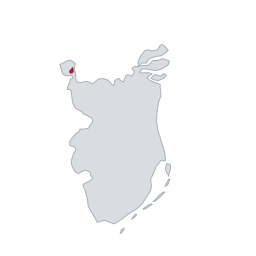 Beek, Limburg, Netherlands (highlighted), rotated 151°
{"feature_id": "6326949B12958717233979", "entity_name": "Beek", "entity_type": "district", "adm_level": 2, "iso_a3": "NLD", "parent_name": "Netherlands", "parent_adm1": "Limburg", "projection": "albers", "projection_center": [5.806, 50.927], "detail": "fine", "context": "in_parent", "style": "filled", "palette": "rose", "viewbox_px": 256, "rotation_deg": 151, "n_neighbors": 0, "source": "geoboundaries", "source_scale": "gbopen_adm2", "svg_char_len": 3636}
<svg xmlns="http://www.w3.org/2000/svg" viewBox="0 0 256 256"><g transform="rotate(151 128 128)"><path d="M156.8,216.5L152.9,216.3L149.2,216.2L147.2,215.9L145.1,215.0L144.2,213.1L143.0,210.7L143.3,209.3L146.8,205.3L147.3,204.2L147.0,203.6L147.3,201.8L150.0,195.8L150.3,193.4L149.1,191.7L147.4,190.7L141.9,188.9L139.3,186.4L138.1,184.2L136.8,183.6L135.0,184.3L130.4,185.1L126.7,183.9L122.4,179.7L121.4,176.0L120.9,173.1L119.8,172.1L118.3,173.6L116.4,175.9L112.8,176.1L111.7,175.5L111.6,174.3L111.4,173.0L110.4,171.5L109.3,170.7L104.6,174.8L102.8,174.8L100.7,173.1L99.6,171.5L97.2,172.4L95.0,174.3L95.7,178.1L94.5,178.7L91.9,178.3L88.9,176.7L85.6,175.7L80.5,173.0L73.4,174.9L68.6,172.3L64.5,171.9L62.0,169.9L59.4,166.4L61.4,164.3L63.3,163.6L70.7,163.4L76.1,164.9L85.7,172.4L88.2,172.4L90.8,171.5L89.5,169.5L87.1,168.5L83.5,166.5L80.7,163.7L87.5,162.9L86.6,161.5L85.8,159.0L78.8,150.4L80.1,148.2L82.0,143.3L84.3,139.3L86.1,138.2L89.1,135.4L95.6,127.0L99.7,120.2L102.9,112.1L107.6,89.6L108.9,85.8L111.0,81.5L113.6,82.4L115.4,83.6L121.9,80.5L133.0,72.2L136.2,65.0L139.4,61.7L152.0,55.1L158.9,53.2L169.6,52.6L177.3,51.4L186.5,50.8L190.1,54.8L192.2,57.8L195.5,59.3L200.7,60.4L200.5,66.2L200.7,77.7L200.4,79.8L198.2,84.7L195.9,93.5L195.3,99.2L194.6,100.3L184.7,100.5L183.3,101.5L183.1,102.7L183.6,104.2L183.4,105.7L182.6,106.9L183.1,108.8L184.8,110.9L188.0,112.2L191.3,112.3L193.1,112.0L194.4,113.5L195.6,115.9L195.6,118.9L195.2,122.9L193.6,126.7L189.1,131.0L187.1,132.6L185.1,133.4L184.2,134.5L183.8,135.9L183.9,137.2L187.2,140.6L187.2,141.4L186.2,143.2L185.0,144.9L176.5,148.5L173.0,148.3L171.0,150.0L170.4,150.4L168.1,148.8L163.2,147.0L161.3,147.6L160.3,148.6L157.2,149.9L154.9,151.8L154.9,154.3L158.9,160.6L160.3,161.9L160.4,164.3L162.3,167.3L164.3,171.0L164.5,173.4L164.3,175.9L163.3,179.3L159.9,187.3L159.9,188.9L160.2,190.0L161.3,190.4L162.3,191.0L162.0,192.0L155.5,197.6L154.6,198.6L151.9,198.3L151.5,199.3L151.9,200.8L152.9,202.1L155.3,202.8L157.3,204.2L158.9,207.0L156.8,216.5ZM88.9,176.7L88.3,179.0L86.7,181.6L81.5,185.1L76.2,187.4L73.4,187.0L71.6,185.7L70.6,184.4L67.8,183.0L63.9,182.2L61.5,183.6L59.7,184.8L58.2,184.6L57.1,183.4L56.2,181.7L55.3,176.3L58.2,175.5L64.5,175.3L69.3,177.3L75.7,178.4L80.6,176.0L84.4,178.2L88.9,176.7ZM78.8,154.8L82.4,158.2L83.2,159.3L83.5,160.5L78.7,161.7L73.8,157.4L70.4,158.3L69.2,156.3L69.2,155.1L72.7,154.2L78.8,154.8ZM115.5,73.6L111.8,77.9L109.6,76.7L108.9,75.7L110.1,72.3L115.6,66.7L115.5,73.6ZM131.9,54.4L128.4,54.9L126.9,54.0L135.2,51.7L140.4,50.9L141.3,51.3L131.9,54.4ZM154.0,50.0L146.8,51.0L144.3,50.2L143.9,49.5L145.9,49.1L152.1,49.0L154.0,49.6L154.0,50.0ZM123.9,59.2L117.0,63.6L116.4,62.9L120.9,59.0L123.9,59.2ZM183.4,42.2L180.1,42.4L181.0,40.8L184.1,39.6L185.8,39.5L183.4,42.2ZM168.8,46.8L163.7,48.9L162.4,48.4L162.7,47.8L167.2,46.5L168.8,46.8Z" fill="#d9dde1" stroke="#a8b0b8" stroke-width="1"/><path d="M148.2,205.5L148.3,205.7L148.2,205.8L148.2,206.0L148.1,206.3L147.9,206.4L147.9,206.5L147.7,206.8L147.6,207.1L147.5,207.3L147.5,207.2L147.5,207.3L147.8,207.2L148.0,206.9L148.2,206.7L148.3,206.6L148.5,206.6L148.8,206.5L149.0,206.6L149.3,206.4L149.8,206.3L150.0,206.3L150.5,206.2L150.8,206.1L151.0,205.8L151.1,205.7L151.3,205.5L151.3,205.4L151.4,205.2L151.4,204.9L151.4,204.7L151.5,204.6L151.4,204.5L151.4,204.4L151.2,204.5L151.0,204.4L150.9,204.3L150.8,204.2L150.8,204.3L150.7,204.4L150.4,204.3L150.3,204.2L150.2,204.2L149.9,204.0L149.8,203.9L149.7,203.9L149.7,204.0L149.4,204.3L149.0,204.1L148.9,204.2L148.9,204.3L148.7,204.4L148.6,204.5L148.6,204.8L148.5,205.0L148.4,205.0L148.4,205.3L148.2,205.4L148.2,205.5L148.2,205.5Z" fill="#f43f5e" stroke="#9f1239" stroke-width="1.5"/></g></svg>